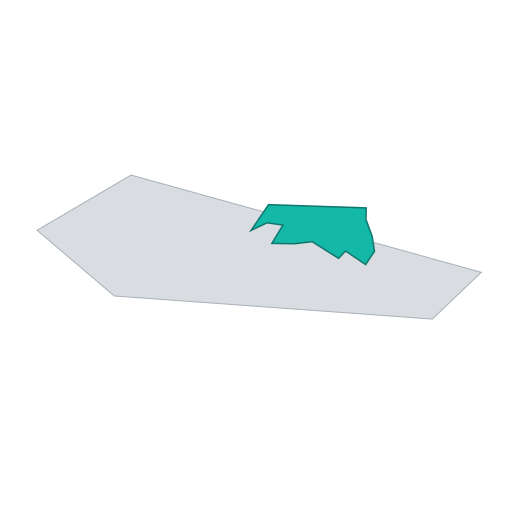 Blowing Point on a map of Anguilla (Mercator projection), rotated 214°
{"feature_id": "AIA-5114", "entity_name": "Blowing Point", "entity_type": "District", "adm_level": 1, "iso_a3": "AIA", "parent_name": "Anguilla", "parent_adm1": "", "projection": "mercator", "projection_center": [-63.087, 18.194], "detail": "fine", "context": "in_parent", "style": "filled", "palette": "teal", "viewbox_px": 512, "rotation_deg": 214, "n_neighbors": 0, "source": "natural_earth", "source_scale": "10m", "svg_char_len": 483}
<svg xmlns="http://www.w3.org/2000/svg" viewBox="0 0 512 512"><g transform="rotate(214 256 256)"><path d="M404.9,253.2L60.1,368.4L74.6,302.3L351.1,143.6L451.9,154.9L404.9,253.2Z" fill="#d9dde1" stroke="#a8b0b8" stroke-width="1"/><path d="M274.3,305.6L191.5,357.5L185.3,347.8L170.6,337.2L160.4,326.2L160.3,310.2L184.5,310.2L186.2,300.2L217.4,299.3L231.2,287.5L249.9,275.3L251.0,296.7L265.4,289.7L274.4,274.5L274.3,305.6Z" fill="#14b8a6" stroke="#0f766e" stroke-width="1.5"/></g></svg>